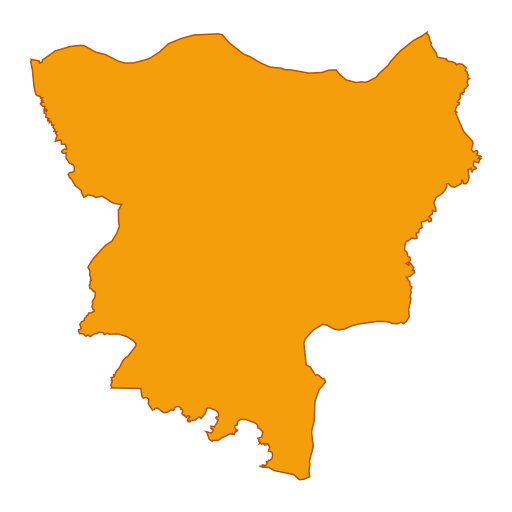 the district of Sumba Tengah, Nusa Tenggara Timur, Indonesia
{"feature_id": "22746128B11743482298506", "entity_name": "Sumba Tengah", "entity_type": "district", "adm_level": 2, "iso_a3": "IDN", "parent_name": "Indonesia", "parent_adm1": "Nusa Tenggara Timur", "projection": "albers", "projection_center": [119.662, -9.594], "detail": "fine", "context": "isolated", "style": "filled", "palette": "amber", "viewbox_px": 512, "rotation_deg": 0, "n_neighbors": 0, "source": "geoboundaries", "source_scale": "gbopen_adm2", "svg_char_len": 5914}
<svg xmlns="http://www.w3.org/2000/svg" viewBox="0 0 512 512"><path d="M143.3,398.2L146.5,397.5L148.9,399.0L148.2,403.4L152.3,410.1L154.5,409.6L155.0,408.3L157.6,408.2L163.6,412.6L165.4,412.6L167.7,412.1L171.0,409.8L173.6,410.4L174.8,407.5L176.1,406.7L179.6,406.8L180.9,408.2L180.9,409.4L181.7,409.1L182.8,410.4L182.0,413.6L183.0,415.0L184.6,415.2L184.6,416.6L185.0,415.6L186.3,417.2L188.2,415.7L189.5,416.0L190.0,417.0L188.3,418.0L187.5,420.1L188.1,421.3L189.0,420.5L189.0,421.8L190.4,421.7L191.4,420.4L195.2,420.0L198.4,417.1L200.2,417.4L201.0,418.5L205.1,413.7L206.5,410.1L206.1,408.9L207.6,408.0L210.2,408.0L216.7,410.8L218.4,413.3L218.5,416.0L217.8,417.1L216.3,416.9L215.9,418.2L218.1,419.9L218.1,420.8L214.4,426.9L211.0,426.1L211.0,428.3L212.0,429.2L212.8,428.9L213.3,429.8L212.9,431.4L211.4,433.0L206.0,431.6L207.0,432.7L209.2,439.2L212.1,441.3L212.6,440.5L218.1,440.3L221.8,437.8L230.7,433.7L232.1,434.4L232.6,433.5L234.1,434.6L235.3,431.5L236.7,431.4L237.6,430.2L236.0,429.5L234.7,427.5L234.9,425.6L237.2,424.9L237.6,421.4L240.6,419.3L246.3,419.6L255.4,423.1L257.7,425.1L257.9,428.0L259.2,428.3L262.9,431.8L261.6,437.0L257.8,438.4L257.3,437.9L258.9,439.7L258.8,441.3L260.0,442.1L259.3,443.7L260.4,443.2L261.5,444.2L263.1,443.5L264.6,444.9L264.9,443.8L266.3,443.9L266.4,444.7L267.6,443.7L269.8,447.0L268.4,451.1L271.7,451.9L272.7,454.8L271.9,458.5L270.1,460.2L268.5,460.2L267.3,462.3L266.7,462.0L267.1,463.5L266.4,464.7L265.1,465.6L264.1,465.2L264.1,466.1L262.5,465.0L262.6,466.3L259.4,466.1L262.6,467.1L269.0,467.5L274.0,470.5L293.9,474.7L299.5,479.7L303.8,479.2L309.8,476.7L308.9,471.5L309.8,464.9L309.5,460.8L313.3,446.6L311.6,432.8L312.1,428.7L314.1,421.7L315.0,401.2L319.1,389.7L325.4,382.1L324.5,379.1L322.1,378.5L318.0,374.8L315.5,375.4L310.3,367.1L306.2,364.9L303.9,343.0L305.2,339.0L313.4,329.9L322.5,324.4L327.0,325.1L333.8,329.0L338.8,329.9L344.9,328.9L351.5,325.9L358.2,324.1L377.3,321.4L385.7,321.6L389.8,322.2L391.8,323.4L396.9,323.8L401.1,322.3L403.5,323.6L406.5,321.3L409.2,316.6L408.6,309.6L411.0,298.9L409.9,297.0L411.2,292.3L410.5,290.1L411.8,287.9L411.7,286.7L410.1,285.7L409.9,282.2L406.6,277.5L410.2,276.1L414.6,272.5L414.0,270.7L412.4,270.4L413.7,267.7L410.8,263.6L410.0,262.9L408.8,263.5L409.2,264.9L408.5,265.4L405.8,263.4L409.2,261.9L410.3,260.2L409.9,257.3L407.8,256.4L406.9,252.1L404.7,250.4L404.8,245.9L406.2,241.7L406.8,240.9L408.2,241.0L411.6,237.9L414.5,238.7L416.8,238.4L416.9,236.3L415.9,235.4L416.5,234.7L416.2,233.1L418.7,232.6L419.2,229.4L422.2,227.5L421.1,222.1L424.4,221.5L427.3,219.8L428.1,220.0L429.1,221.9L431.4,220.9L431.4,218.6L428.8,216.8L432.5,213.8L432.5,210.4L435.2,211.6L435.8,211.1L435.9,209.1L434.0,203.6L434.3,201.6L436.1,197.6L442.7,193.0L445.7,189.1L446.9,186.0L446.3,183.9L448.3,183.6L451.7,186.8L454.8,187.1L461.1,183.7L461.9,180.0L463.0,181.0L463.3,183.5L466.1,183.8L467.7,182.0L469.1,177.2L468.1,169.6L470.7,168.4L471.5,171.7L472.2,171.9L473.2,169.6L476.4,168.6L475.9,167.4L473.4,166.0L473.9,161.3L478.6,162.8L479.4,160.4L480.9,158.8L478.1,158.5L478.7,157.5L481.3,156.8L480.8,156.2L476.4,154.9L477.9,152.1L477.3,150.9L476.1,150.6L473.4,152.0L471.5,149.5L472.9,143.6L472.7,141.6L463.5,131.3L455.7,113.2L456.9,112.2L455.0,111.4L456.8,105.9L459.4,104.2L459.3,102.3L457.8,102.3L457.4,101.3L460.1,98.6L460.2,93.5L462.6,94.0L462.1,92.6L464.1,92.1L464.3,88.9L465.8,88.3L468.1,85.2L466.8,82.3L467.7,81.2L467.5,79.8L469.5,78.6L467.4,77.1L468.5,75.4L467.4,74.2L467.0,71.6L465.1,70.6L466.2,67.8L462.4,64.3L458.5,63.7L456.6,64.9L455.4,63.1L452.6,61.9L447.6,61.0L446.5,59.0L437.3,57.2L436.4,53.5L430.8,44.8L431.3,43.2L430.0,40.8L428.6,35.1L427.0,33.8L427.1,32.3L422.4,35.7L413.5,40.5L400.1,51.2L390.4,61.8L388.1,65.4L379.4,73.3L376.1,77.3L367.5,81.7L364.6,82.3L361.5,81.8L356.0,82.5L346.2,79.9L339.8,74.7L336.0,70.0L329.0,70.1L322.0,72.5L308.8,73.1L289.9,69.7L285.8,69.8L281.1,68.2L269.6,67.0L260.7,63.0L249.9,56.6L243.4,54.0L229.3,42.9L222.0,34.6L218.2,33.8L193.7,35.0L180.9,38.6L168.5,43.7L159.6,51.9L150.5,57.9L145.8,59.8L133.2,62.9L125.1,63.1L117.9,61.0L105.3,54.5L95.7,52.2L84.8,46.0L80.8,45.3L70.5,46.4L55.2,50.9L42.4,60.1L42.2,61.8L40.0,63.1L39.4,62.9L39.2,60.9L31.1,59.3L31.5,59.9L30.7,61.6L32.4,69.8L34.0,86.4L35.7,94.0L36.7,95.4L40.1,96.5L40.5,98.0L42.3,97.7L41.5,98.7L42.5,100.2L41.4,100.4L41.5,101.3L43.2,102.2L40.8,102.9L40.4,103.9L43.0,106.5L45.0,106.3L44.1,109.8L45.9,109.1L47.2,110.4L46.7,111.1L46.1,110.3L44.1,111.6L44.3,113.3L45.8,113.7L46.3,114.6L45.6,117.1L49.0,118.6L47.7,119.5L47.8,120.8L49.1,120.4L49.3,122.6L50.2,121.4L51.1,121.5L51.7,125.3L53.7,124.6L53.0,127.5L55.0,129.7L53.8,131.4L56.8,131.9L55.5,133.2L57.0,135.5L55.3,141.3L60.5,139.9L61.4,140.8L61.2,144.0L65.5,144.6L66.7,149.1L64.1,149.2L62.1,150.7L61.6,151.9L62.9,153.2L66.1,153.0L66.1,158.1L69.5,163.1L72.8,164.6L74.3,166.5L74.2,171.1L73.0,172.1L69.4,172.7L68.2,174.5L69.5,177.3L72.0,179.8L75.2,185.5L81.4,190.5L81.4,192.3L83.7,197.1L85.4,196.8L87.9,194.8L93.3,195.9L95.6,197.4L102.3,196.2L112.1,202.5L115.0,203.6L121.6,204.5L118.4,210.2L118.6,221.8L119.4,226.1L116.8,233.3L112.0,241.1L105.7,245.2L100.9,250.1L93.1,258.9L88.2,266.6L88.0,267.5L89.9,270.9L89.7,275.2L90.7,277.4L90.5,280.6L91.1,280.5L90.1,281.6L90.3,284.2L89.3,285.3L90.0,288.6L91.4,288.8L93.4,291.5L94.0,291.0L95.4,292.8L94.8,297.5L92.3,301.5L92.8,303.9L91.9,306.4L92.6,308.8L94.1,309.7L94.4,311.0L91.0,313.0L88.9,312.8L87.9,314.9L86.5,315.6L86.2,317.0L84.5,318.4L84.2,320.5L81.4,321.9L79.8,324.3L81.2,328.4L80.3,329.5L78.6,329.7L78.5,331.0L79.6,333.7L83.3,333.8L85.8,336.3L88.0,335.0L90.2,336.7L94.2,333.8L96.9,333.7L98.7,332.2L103.0,332.7L104.4,334.6L107.1,333.4L109.0,334.1L118.6,334.0L127.1,336.7L133.7,341.0L135.8,343.4L136.0,345.6L127.8,356.5L126.3,357.0L122.9,360.7L119.6,367.3L116.1,371.5L114.9,374.9L113.6,374.7L114.2,376.7L111.2,377.6L112.0,379.9L111.4,380.4L112.3,380.9L110.8,385.3L111.8,387.3L111.4,387.9L140.8,388.5L141.8,395.8L143.3,398.2Z" fill="#f59e0b" stroke="#b45309" stroke-width="1.5"/></svg>